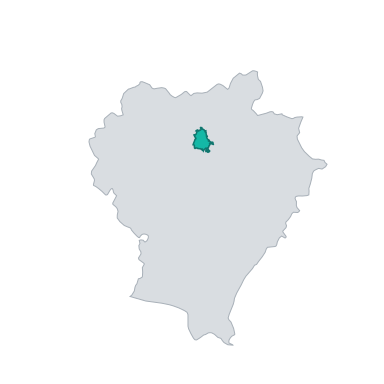 location of Byalynichy, Mogilev, Belarus, rotated 292°
{"feature_id": "67162791B99339401725810", "entity_name": "Byalynichy", "entity_type": "district", "adm_level": 2, "iso_a3": "BLR", "parent_name": "Belarus", "parent_adm1": "Mogilev", "projection": "albers", "projection_center": [29.744, 53.9], "detail": "fine", "context": "in_parent", "style": "filled", "palette": "teal", "viewbox_px": 384, "rotation_deg": 292, "n_neighbors": 0, "source": "geoboundaries", "source_scale": "gbopen_adm2", "svg_char_len": 7616}
<svg xmlns="http://www.w3.org/2000/svg" viewBox="0 0 384 384"><g transform="rotate(292 192 192)"><path d="M303.0,266.8L297.5,266.7L291.0,267.0L287.3,269.6L283.3,268.4L280.5,269.9L274.1,277.1L271.6,281.0L269.2,286.9L267.8,291.2L268.6,294.3L269.9,297.1L270.2,300.1L270.8,302.5L269.2,304.3L268.3,306.8L265.5,306.4L262.0,304.0L261.3,300.5L258.7,298.1L256.9,296.9L254.1,296.7L249.6,297.9L243.6,298.7L239.1,299.0L236.7,300.2L233.1,301.4L231.7,299.9L229.7,296.0L228.1,292.0L227.0,290.3L226.0,289.8L224.8,289.9L223.4,291.1L222.3,292.4L218.6,293.8L216.9,295.2L215.0,298.8L213.8,298.5L212.6,297.7L211.2,293.6L209.3,292.7L206.2,292.6L202.3,291.6L199.2,290.3L198.0,290.6L196.1,292.3L194.1,292.5L189.7,290.8L188.8,291.5L186.1,295.9L184.9,296.1L184.2,295.5L184.7,291.6L182.2,290.2L177.8,289.8L174.8,290.3L173.3,290.1L172.5,289.3L169.0,282.7L167.1,282.2L163.5,282.4L158.3,281.4L152.4,279.7L149.1,279.0L147.5,277.4L143.8,276.8L134.1,273.5L130.0,272.8L124.1,272.4L115.1,271.3L109.3,271.2L106.5,271.9L103.4,272.3L92.6,272.3L88.7,272.7L87.4,274.0L86.0,276.9L81.1,281.7L76.5,284.8L75.7,285.0L73.3,283.0L71.3,282.2L68.8,281.8L67.0,282.2L65.8,283.0L65.6,287.0L65.3,287.3L63.8,282.4L64.4,278.1L65.6,275.8L67.1,273.7L66.9,270.4L68.5,266.1L68.8,263.0L68.4,261.6L67.5,259.9L64.9,257.9L63.8,256.4L60.2,254.3L56.6,251.7L56.1,250.2L56.4,249.3L57.2,247.9L60.4,243.9L63.9,240.1L66.0,238.6L76.8,234.2L78.6,232.5L79.2,229.4L79.6,223.1L79.4,217.3L79.0,213.3L77.6,205.7L73.6,189.9L71.9,173.7L73.8,174.8L78.6,175.6L82.5,174.8L84.5,174.8L86.3,175.3L91.4,174.8L92.5,176.3L94.7,177.8L99.2,176.3L103.3,174.3L107.4,174.8L108.0,173.8L109.4,168.2L110.7,167.1L115.5,167.9L117.4,167.0L119.4,164.4L122.4,162.8L124.8,163.0L127.4,161.2L128.5,162.6L129.0,164.9L128.0,166.7L128.3,167.5L130.0,168.5L133.0,168.7L134.9,168.0L135.4,167.0L135.5,165.0L135.1,163.2L134.0,161.6L131.7,160.6L130.1,160.5L129.8,159.5L130.5,157.4L132.2,153.6L134.1,150.1L135.3,148.9L135.6,147.7L135.5,145.5L135.6,141.7L137.5,136.3L139.9,132.4L142.8,131.3L146.3,130.7L148.6,128.9L149.8,126.8L150.9,123.3L152.0,122.7L160.3,123.5L161.7,120.1L162.5,119.2L164.1,118.2L165.3,117.0L164.9,116.0L162.8,115.3L157.9,114.6L156.9,113.4L157.3,112.0L158.8,108.5L160.3,103.9L161.1,100.4L161.2,98.3L162.0,97.8L166.0,97.3L167.4,96.6L171.0,91.9L173.7,91.1L180.4,92.6L183.5,92.7L187.5,93.1L187.8,92.6L189.4,87.9L196.3,80.3L199.9,77.7L202.1,77.2L202.9,77.4L206.4,81.5L207.2,81.7L209.7,80.0L213.8,80.0L215.7,81.4L218.3,86.4L219.7,87.1L223.8,84.3L226.0,83.4L227.5,83.5L235.0,87.4L235.6,88.6L235.6,90.1L234.4,94.6L236.0,97.4L237.8,99.3L241.7,96.2L243.2,95.4L244.7,95.3L246.8,94.2L248.4,92.4L249.8,91.8L252.6,92.2L257.7,91.8L263.6,94.5L264.1,95.3L267.1,98.5L268.1,100.1L269.1,100.6L270.7,102.1L272.8,103.1L274.2,102.7L275.0,103.2L275.6,104.5L275.7,106.6L275.6,112.6L273.5,115.8L273.3,116.9L273.4,118.2L275.1,120.8L277.4,124.8L277.9,127.1L277.9,128.8L275.0,134.0L274.1,135.3L273.4,137.8L273.1,140.4L273.3,141.5L278.4,145.5L282.2,147.6L283.0,148.7L283.1,149.4L281.2,153.8L281.0,155.0L284.1,156.8L285.8,159.6L287.4,164.3L290.3,168.7L301.2,175.0L302.2,176.2L302.5,177.6L302.3,180.7L300.5,186.6L302.4,187.4L307.1,187.0L312.9,187.6L320.0,191.5L320.1,193.3L319.4,195.0L320.0,196.8L320.8,198.3L327.0,202.7L327.6,204.0L327.9,206.3L327.8,207.9L326.1,208.3L324.3,209.2L321.3,211.3L320.2,214.1L315.4,218.2L312.4,220.0L309.9,220.2L304.1,219.6L302.0,217.7L301.1,216.0L298.9,215.3L295.9,215.3L291.8,215.7L291.0,216.2L290.4,218.4L288.7,222.1L287.5,224.2L292.9,231.4L295.6,234.3L296.5,236.1L296.5,237.4L295.3,239.0L295.6,242.1L298.2,246.1L297.4,246.7L297.2,251.7L297.4,257.1L298.1,258.3L299.5,259.4L300.8,261.3L302.9,265.7L303.0,266.8Z" fill="#d9dde1" stroke="#a8b0b8" stroke-width="1"/><path d="M250.1,172.8L250.1,173.2L250.2,173.4L250.0,173.7L250.0,173.9L249.8,174.0L249.6,174.1L249.3,174.1L248.9,174.1L247.9,174.1L247.4,174.1L247.1,174.1L246.8,173.9L246.6,173.8L246.4,173.8L246.2,173.7L246.0,173.4L246.1,173.1L246.1,172.9L246.0,172.6L245.8,172.4L245.6,172.4L245.5,172.6L245.4,172.9L245.4,173.1L245.1,173.3L244.9,173.4L244.6,173.5L244.4,173.7L244.4,173.9L244.3,174.0L244.2,174.2L244.1,174.4L243.9,174.5L243.7,174.7L243.6,174.9L243.6,175.0L243.5,175.3L243.4,175.4L243.2,175.4L243.1,175.5L242.9,175.6L242.7,175.6L242.3,175.4L242.2,175.2L241.7,175.1L241.4,175.1L241.1,175.1L240.9,175.2L240.6,175.2L239.7,175.2L238.5,175.2L238.1,175.2L237.7,175.2L237.3,175.2L237.2,175.3L236.7,175.3L236.4,175.3L236.2,175.3L236.3,175.9L236.3,176.5L235.9,176.9L235.3,177.0L234.6,177.4L233.8,177.8L233.5,178.4L233.5,178.5L233.9,179.0L234.4,179.1L234.5,179.5L234.7,180.1L234.4,180.7L234.5,181.0L234.7,181.3L234.7,181.6L234.7,182.0L234.8,182.4L235.0,182.9L235.3,183.3L235.3,183.7L235.3,184.2L235.0,184.4L235.0,184.7L235.4,185.0L235.7,185.3L235.5,185.7L235.0,185.8L234.6,186.0L234.8,186.4L234.8,186.7L234.6,186.8L234.4,187.0L234.2,187.2L234.9,187.3L235.8,187.4L236.3,187.5L236.5,187.7L236.8,187.9L237.3,188.1L237.8,188.3L238.0,188.6L237.7,189.1L237.2,189.3L236.6,189.4L235.7,189.3L235.2,189.4L234.8,189.7L235.1,190.1L235.6,190.2L235.9,190.4L235.7,190.8L235.3,191.0L234.9,191.1L234.8,191.4L234.8,192.0L235.2,192.3L235.4,192.5L235.6,192.6L235.7,192.8L236.0,192.9L236.1,193.0L236.4,193.1L236.7,193.0L236.8,192.9L236.8,192.7L236.9,192.4L237.0,192.2L236.9,192.0L236.8,191.8L236.8,191.7L236.6,191.5L236.7,191.3L236.7,191.2L236.9,191.1L237.1,191.0L237.4,191.1L237.6,191.1L237.8,191.1L237.9,190.9L237.9,190.7L238.0,190.5L238.1,190.4L238.4,190.4L238.5,190.2L238.9,190.0L239.1,190.2L239.2,190.4L239.4,190.5L239.6,190.6L240.0,190.6L240.3,190.6L240.5,190.4L240.8,190.3L241.1,190.5L241.3,190.6L241.5,190.7L242.1,190.8L242.3,190.8L242.5,190.8L242.7,190.7L242.8,190.7L243.0,190.4L243.4,190.2L243.5,190.4L243.5,190.6L243.9,190.5L244.0,190.6L244.1,190.8L243.8,191.1L243.8,191.3L244.0,191.4L244.3,191.2L244.5,191.3L244.6,191.5L244.5,191.8L244.3,192.0L244.2,192.1L244.0,192.3L244.0,192.5L244.1,192.9L244.1,193.2L244.0,193.4L244.0,193.7L244.0,193.9L244.1,194.0L244.3,193.9L244.5,193.7L244.9,193.3L245.1,193.2L245.3,193.1L245.6,192.9L245.8,192.8L245.9,192.6L245.9,192.4L245.8,192.2L245.7,192.0L245.6,191.7L245.5,191.4L245.4,191.0L245.2,190.7L245.3,190.4L245.5,190.0L245.5,189.8L245.3,189.5L245.3,189.2L245.4,188.8L245.5,188.4L245.5,188.1L245.8,188.0L245.9,188.3L246.1,188.6L246.3,188.7L246.5,188.4L246.5,188.2L246.6,187.9L246.7,187.7L246.6,187.4L246.6,187.2L246.8,186.9L246.9,186.7L247.0,186.4L247.2,186.1L247.5,185.8L247.8,185.5L248.0,185.3L248.3,185.1L248.5,184.9L248.8,184.7L248.9,184.8L249.0,185.0L248.9,185.1L248.9,185.3L249.1,185.4L249.3,185.2L249.5,185.2L249.6,184.9L249.6,184.6L249.9,184.3L250.0,184.1L250.1,183.9L250.3,183.9L250.5,183.9L250.8,183.7L251.1,183.5L251.3,183.3L251.4,183.2L251.5,183.1L251.8,182.9L252.1,182.9L252.3,182.9L252.5,182.7L252.5,182.4L252.4,182.2L252.5,181.9L252.8,181.8L253.0,181.8L253.4,181.9L253.5,182.1L253.8,182.1L254.0,181.9L253.9,181.8L253.8,181.6L253.5,181.5L253.4,181.3L253.3,181.1L253.4,180.8L253.7,180.5L253.9,180.3L254.1,180.0L254.2,179.8L254.2,179.5L254.2,179.2L254.2,178.8L254.4,178.6L254.4,178.4L254.3,178.2L254.2,178.0L254.1,177.8L254.1,177.6L254.4,177.5L254.5,177.5L254.8,177.4L255.0,177.3L255.1,177.2L255.3,177.1L255.4,176.9L255.3,176.7L255.2,176.7L255.1,176.3L255.1,176.0L254.9,176.0L254.8,175.9L254.7,175.8L254.4,176.0L254.2,176.4L254.0,176.6L253.7,176.8L253.3,176.8L253.0,176.8L252.7,176.7L252.4,176.6L252.3,176.4L252.3,176.1L252.2,175.9L252.0,175.6L251.8,175.6L251.7,175.6L251.2,175.5L251.0,175.4L251.0,175.2L251.3,175.0L251.3,174.9L251.2,174.7L251.1,174.3L251.3,174.2L251.5,174.2L251.6,173.9L251.4,173.7L251.1,173.4L250.9,173.2L250.7,173.0L250.4,172.9L250.1,172.8Z" fill="#14b8a6" stroke="#0f766e" stroke-width="1.5"/></g></svg>